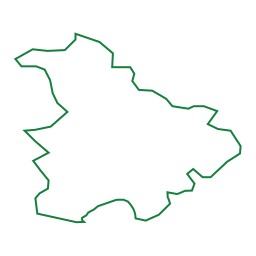 Amatas, Equal Earth projection
{"feature_id": "LVA-5781", "entity_name": "Amatas", "entity_type": "Municipality", "adm_level": 1, "iso_a3": "LVA", "parent_name": "Latvia", "parent_adm1": "", "projection": "equal_earth", "projection_center": [25.336, 57.115], "detail": "fine", "context": "isolated", "style": "outline", "palette": "green", "viewbox_px": 256, "rotation_deg": 0, "n_neighbors": 0, "source": "natural_earth", "source_scale": "10m", "svg_char_len": 1031}
<svg xmlns="http://www.w3.org/2000/svg" viewBox="0 0 256 256"><path d="M191.9,190.6L185.1,190.8L178.5,193.6L176.8,194.0L167.5,192.3L167.7,197.3L168.9,199.7L170.0,203.7L158.9,214.7L145.7,220.6L135.6,218.4L135.3,215.0L134.7,212.4L133.4,209.0L131.0,205.2L128.0,201.6L123.4,199.7L116.4,199.8L97.9,206.2L93.9,209.5L88.3,212.5L86.3,215.4L82.1,217.8L81.9,219.4L82.6,220.7L84.0,221.9L76.4,222.2L37.3,213.6L35.4,198.3L39.5,193.4L47.9,188.6L48.6,180.4L40.6,170.6L33.2,160.8L48.6,152.7L35.3,141.3L24.6,130.7L35.3,129.8L50.7,126.6L60.0,118.4L67.4,111.9L57.4,103.0L52.7,93.2L50.1,80.2L44.7,69.6L36.1,66.3L21.4,66.3L15.4,59.0L32.7,49.3L47.4,50.9L64.8,50.1L75.5,39.5L75.5,33.8L99.5,42.0L112.9,53.3L112.2,67.2L130.2,67.2L134.3,73.7L132.3,81.0L138.9,89.9L152.3,90.7L166.3,98.9L172.4,106.2L188.4,108.7L193.8,106.2L203.8,106.2L217.2,111.1L207.8,124.1L217.9,129.0L230.6,130.7L240.6,146.1L240.0,153.5L227.3,161.6L210.6,177.2L202.6,177.2L193.2,169.0L187.2,173.9L194.5,183.7L191.9,190.6L191.9,190.6Z" fill="none" stroke="#15803d" stroke-width="2"/></svg>